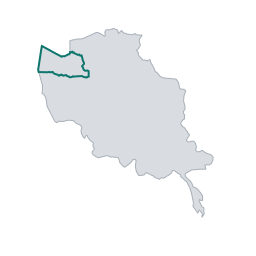 location of Nimroz within Afghanistan, rotated 80°
{"feature_id": "AFG-1751", "entity_name": "Nimroz", "entity_type": "Province", "adm_level": 1, "iso_a3": "AFG", "parent_name": "Afghanistan", "parent_adm1": "", "projection": "natural_earth1", "projection_center": [62.416, 30.83], "detail": "fine", "context": "in_parent", "style": "outline", "palette": "teal", "viewbox_px": 256, "rotation_deg": 80, "n_neighbors": 0, "source": "natural_earth", "source_scale": "10m", "svg_char_len": 5993}
<svg xmlns="http://www.w3.org/2000/svg" viewBox="0 0 256 256"><g transform="rotate(80 128 128)"><path d="M111.2,68.6L116.2,68.1L119.5,68.7L121.3,70.5L123.0,70.9L124.7,70.1L125.8,69.9L126.2,70.4L127.1,70.7L128.3,70.6L129.1,71.1L129.3,72.1L130.3,73.4L132.0,75.0L133.5,75.4L135.5,74.2L136.2,74.3L136.5,73.9L136.7,73.0L137.9,72.1L140.1,71.3L141.4,70.6L141.8,70.1L142.6,69.9L143.4,70.1L144.0,69.8L144.4,69.0L145.2,68.7L145.9,68.9L149.0,71.8L150.2,72.6L150.7,72.5L152.2,70.9L152.4,69.5L151.9,67.6L152.2,66.1L153.2,64.9L155.0,64.2L157.7,64.0L159.4,64.1L160.0,64.7L160.9,65.1L161.9,65.1L162.8,64.4L163.7,63.0L163.7,61.3L162.9,59.2L163.1,58.5L164.4,57.5L165.8,55.9L167.2,53.9L168.4,51.4L170.1,49.9L172.0,49.3L174.4,50.0L177.3,51.9L178.5,54.3L177.9,57.1L177.8,58.6L178.4,58.9L181.6,58.4L182.1,58.8L182.1,59.6L181.6,60.8L181.1,64.1L180.4,72.3L181.9,77.2L182.9,79.2L183.8,79.8L184.8,80.0L185.8,79.8L187.7,78.6L190.5,76.2L193.4,74.8L197.5,74.0L198.8,71.5L200.7,69.9L205.0,67.5L207.4,66.5L208.7,66.4L212.1,67.3L212.3,68.0L212.1,68.8L211.2,69.5L210.9,70.0L211.3,70.4L212.6,70.5L218.4,68.8L219.6,67.3L220.8,67.3L223.3,67.9L225.2,67.7L226.2,68.3L228.5,70.5L227.8,70.6L226.8,70.2L226.2,69.5L223.9,70.4L221.3,71.8L221.4,72.1L223.8,74.1L219.0,76.3L216.9,77.5L216.4,77.6L213.1,76.5L204.0,76.8L197.1,77.5L194.5,78.6L192.0,79.1L190.7,79.7L189.9,80.9L186.1,83.4L185.5,84.4L183.3,84.3L181.2,86.8L178.1,89.7L177.5,91.1L178.0,91.8L179.7,92.9L180.5,93.9L181.8,96.8L182.3,98.8L183.1,99.7L183.6,102.1L182.8,103.5L182.9,104.2L184.0,106.0L183.7,106.6L182.9,107.4L181.7,109.8L179.5,111.5L178.6,113.0L177.1,114.7L176.4,116.2L175.8,116.9L175.1,117.4L175.3,118.1L175.9,119.1L177.0,120.2L177.0,124.5L176.5,125.7L173.6,126.9L170.9,127.4L167.6,127.4L166.3,127.2L161.6,125.7L160.1,126.4L159.8,128.3L162.6,131.4L163.7,133.2L165.0,136.0L165.9,137.5L165.6,138.9L160.9,142.0L157.8,142.3L155.9,142.8L155.0,143.6L154.4,146.8L153.7,148.0L153.7,149.5L153.1,151.1L152.2,152.1L151.5,153.8L152.2,162.4L149.5,165.9L147.9,167.1L146.5,167.7L145.2,167.5L143.6,165.5L142.6,164.8L141.5,164.9L140.4,165.6L138.6,165.4L137.1,164.7L136.4,164.8L135.9,165.4L134.3,166.9L130.4,169.2L128.8,169.3L128.1,169.9L128.4,170.8L129.1,171.6L130.4,172.1L130.5,172.7L128.5,173.9L126.4,174.6L124.1,174.9L121.6,174.5L120.4,173.5L118.9,173.4L117.5,174.1L116.2,175.3L114.3,178.4L111.5,180.2L110.8,182.1L109.9,185.5L110.3,190.5L109.9,192.7L109.3,194.2L109.5,195.3L110.4,196.7L110.1,197.5L109.3,198.4L108.5,199.0L93.1,203.8L90.5,203.9L89.2,203.7L84.9,203.7L83.0,204.0L81.2,204.7L79.9,205.5L78.8,206.7L77.0,206.0L71.2,204.8L55.6,206.4L54.1,206.1L32.3,198.6L45.7,181.6L46.1,180.2L46.2,177.5L45.3,173.8L44.0,172.1L32.1,170.1L31.6,167.2L31.8,165.9L31.6,163.5L31.7,161.5L32.2,158.4L32.2,157.0L28.5,142.9L28.5,141.5L30.7,138.3L33.6,135.2L33.4,134.6L32.0,134.2L29.9,134.2L28.7,133.7L27.8,132.8L27.5,131.6L28.1,129.3L27.5,124.9L29.8,121.2L33.2,121.0L31.5,118.3L31.1,118.0L31.0,117.6L31.1,117.1L32.0,116.9L34.1,115.2L34.2,114.2L36.0,111.7L35.8,110.6L37.0,107.6L36.4,105.6L36.3,104.5L37.5,103.8L38.3,101.0L38.8,100.3L38.8,99.6L38.6,98.5L39.7,98.3L40.8,99.7L42.5,101.3L43.6,101.7L45.0,101.9L48.0,101.4L48.7,101.5L51.9,104.2L52.4,104.9L52.7,105.9L53.2,106.2L54.3,105.2L55.4,104.8L57.5,105.2L58.6,104.8L63.7,101.5L64.1,99.4L64.6,98.1L65.3,97.4L64.4,95.0L64.7,94.5L65.4,94.3L67.1,94.3L75.0,91.6L77.0,91.6L77.5,91.4L77.6,90.7L78.2,89.9L81.9,87.9L84.0,86.0L84.8,84.4L88.2,72.2L90.1,71.2L92.0,70.4L98.5,70.2L99.6,66.4L100.2,65.5L101.3,64.7L106.1,67.3L111.2,68.6Z" fill="#d9dde1" stroke="#a8b0b8" stroke-width="1"/><path d="M32.3,198.6L33.1,197.5L34.2,196.2L36.4,193.4L37.6,191.9L38.4,190.9L40.0,189.0L41.1,187.5L42.8,185.4L44.6,183.1L45.7,181.6L46.0,181.4L45.9,181.3L46.0,180.9L46.0,179.6L46.0,179.4L46.2,178.8L46.3,178.5L46.3,178.1L46.3,177.8L46.1,177.2L45.9,176.6L45.8,176.0L45.7,175.6L45.3,174.9L45.2,174.5L45.1,174.2L45.2,173.5L45.2,173.1L44.6,172.5L44.4,172.2L44.0,172.1L43.2,172.0L43.2,171.9L43.3,171.8L43.4,171.5L43.5,171.3L43.5,171.2L43.5,170.9L43.5,170.7L43.4,170.4L43.2,169.9L43.2,169.7L43.3,169.7L43.3,169.8L43.4,170.0L43.5,169.9L43.6,170.0L43.8,170.0L44.1,169.7L44.2,169.4L44.1,169.2L44.0,168.8L44.0,168.5L44.0,168.4L44.6,168.3L44.8,168.2L45.4,167.5L46.0,166.3L46.4,165.8L46.6,165.6L47.0,165.2L47.2,164.9L47.3,164.7L47.3,164.4L47.3,164.1L47.2,163.8L47.2,163.7L47.2,163.4L47.3,163.2L47.5,163.1L48.4,162.6L48.5,162.4L48.6,162.1L48.5,161.7L48.5,161.4L48.4,161.3L48.4,161.2L48.5,161.1L54.4,160.6L56.0,160.1L56.5,160.1L57.0,160.2L57.3,160.3L58.0,161.1L59.0,162.4L59.4,162.5L59.7,162.3L59.8,162.3L61.1,161.7L62.0,161.7L62.8,161.5L63.0,161.4L63.5,161.0L63.8,160.8L64.0,160.5L64.1,160.3L64.2,160.1L64.2,159.9L64.3,159.7L64.3,158.4L64.3,158.2L64.5,157.8L64.6,157.6L64.7,157.4L65.0,157.1L65.3,156.9L66.1,157.1L67.6,157.2L70.2,157.9L70.5,157.8L70.6,158.5L70.7,158.9L70.7,159.0L70.8,159.2L70.8,159.3L70.9,159.5L71.1,159.8L71.1,160.1L70.9,160.3L70.6,160.6L70.6,160.8L70.7,161.2L70.7,161.4L70.6,161.6L70.1,162.7L69.9,163.1L69.7,163.3L69.1,163.8L68.8,164.7L68.1,170.4L68.1,172.2L67.9,172.5L67.6,172.9L67.5,173.2L67.8,173.9L67.9,174.1L68.0,174.2L68.0,174.4L68.0,174.6L68.0,176.1L68.0,176.3L67.9,176.5L67.7,176.9L67.4,177.0L67.2,177.1L67.1,177.3L66.5,178.4L66.4,178.8L66.3,179.0L66.0,179.2L65.8,179.3L65.3,179.6L65.1,179.8L65.1,180.5L65.2,181.6L65.3,182.5L65.2,182.8L64.9,183.0L64.7,183.1L64.6,183.3L64.1,184.0L63.9,184.2L63.9,184.4L64.0,184.6L64.3,184.8L64.3,185.0L63.9,185.5L64.0,185.8L64.1,186.1L64.3,186.3L64.4,186.5L64.5,186.7L64.5,186.9L64.4,187.1L64.2,187.3L63.4,187.9L63.2,188.2L63.1,188.5L62.9,189.0L62.5,189.7L61.9,190.7L61.5,191.3L60.9,191.9L60.4,192.2L60.2,192.3L59.9,192.3L59.8,192.5L59.7,192.7L59.7,193.6L59.6,194.8L59.6,195.1L59.5,195.3L59.1,195.8L59.1,196.0L59.1,196.9L59.1,197.7L57.4,206.2L55.6,206.4L54.1,206.1L52.8,205.6L51.6,205.2L50.4,204.8L49.2,204.4L48.0,204.0L46.8,203.6L45.6,203.2L44.4,202.8L43.3,202.4L42.1,202.0L40.9,201.6L39.7,201.2L38.5,200.8L37.3,200.4L36.1,200.0L34.9,199.5L33.7,199.1L32.7,198.8L32.3,198.6Z" fill="none" stroke="#0f766e" stroke-width="2"/></g></svg>